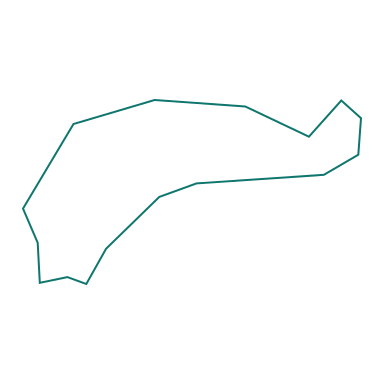 outline of Eastern
{"feature_id": "ASM-4998", "entity_name": "Eastern", "entity_type": "state/province", "adm_level": 1, "iso_a3": "ASM", "parent_name": "American Samoa", "parent_adm1": "", "projection": "equal_earth", "projection_center": [-170.654, -14.284], "detail": "fine", "context": "isolated", "style": "outline", "palette": "teal", "viewbox_px": 384, "rotation_deg": 0, "n_neighbors": 0, "source": "natural_earth", "source_scale": "10m", "svg_char_len": 324}
<svg xmlns="http://www.w3.org/2000/svg" viewBox="0 0 384 384"><path d="M23.0,208.6L73.5,124.0L154.6,100.0L245.3,106.5L308.9,136.7L341.3,100.5L361.0,118.2L358.3,154.7L323.9,174.8L196.5,183.4L159.3,196.9L106.1,248.7L86.3,284.0L67.4,277.1L39.8,282.8L37.7,242.8L23.0,208.6Z" fill="none" stroke="#0f766e" stroke-width="2"/></svg>